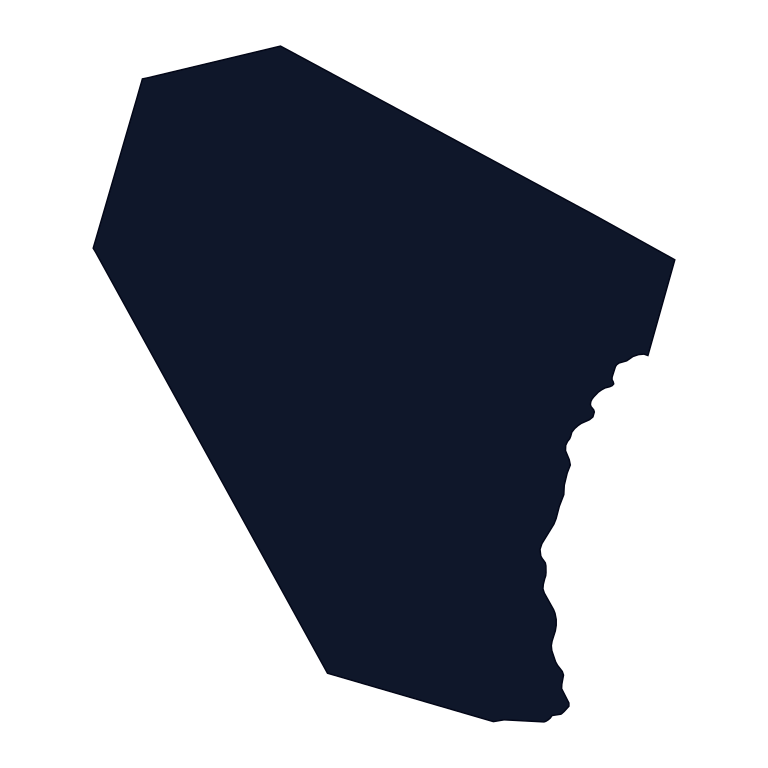 outline of Al Wusta
{"feature_id": "OMN-2405", "entity_name": "Al Wusta", "entity_type": "Region", "adm_level": 1, "iso_a3": "OMN", "parent_name": "Oman", "parent_adm1": "", "projection": "robinson", "projection_center": [57.537, 20.48], "detail": "fine", "context": "isolated", "style": "filled", "palette": "ink", "viewbox_px": 768, "rotation_deg": 0, "n_neighbors": 0, "source": "natural_earth", "source_scale": "10m", "svg_char_len": 1346}
<svg xmlns="http://www.w3.org/2000/svg" viewBox="0 0 768 768"><path d="M93.2,248.2L95.7,239.7L105.9,204.7L115.4,172.0L123.9,142.7L131.1,118.0L136.7,98.9L140.2,86.6L141.5,82.2L142.4,78.9L147.0,78.0L280.5,46.1L593.8,214.9L654.4,248.5L674.8,259.8L647.9,355.5L644.0,354.1L638.5,354.6L632.9,356.5L626.7,360.8L619.0,363.0L616.6,364.8L615.4,366.7L612.1,377.1L612.0,379.6L613.2,381.9L613.7,383.9L612.2,385.6L609.8,386.7L605.1,387.9L601.6,389.8L598.2,392.2L593.7,396.9L592.0,399.1L590.8,401.6L590.4,404.5L591.0,406.6L593.7,409.9L594.3,412.0L592.9,416.9L589.5,419.7L581.2,423.4L578.0,425.6L574.6,428.6L571.8,432.2L570.7,436.2L569.7,438.7L567.5,441.5L565.7,445.3L565.5,450.7L569.2,459.6L570.3,465.0L567.2,473.0L564.3,485.0L564.1,488.1L563.8,494.6L559.3,506.3L556.1,518.6L553.9,524.1L541.9,543.6L540.0,549.4L540.8,556.1L542.2,558.6L543.8,560.7L545.3,562.9L545.9,565.9L546.0,572.6L545.7,575.8L544.7,578.7L543.3,584.4L542.9,588.8L544.3,593.1L553.6,609.7L555.0,613.3L556.2,619.5L556.2,625.3L555.3,630.9L552.1,641.0L551.3,645.6L551.8,650.6L555.6,661.9L557.5,665.3L562.3,671.5L563.5,675.1L561.8,684.3L561.6,688.7L568.9,703.0L568.9,706.2L564.2,711.4L561.4,713.9L560.7,714.2L552.1,715.5L551.2,716.7L550.3,718.0L548.2,719.8L545.8,721.3L544.0,721.9L504.1,719.8L493.4,721.6L327.5,673.2L95.7,252.3L93.2,248.2Z" fill="#0f172a" stroke="#020617" stroke-width="1.5"/></svg>